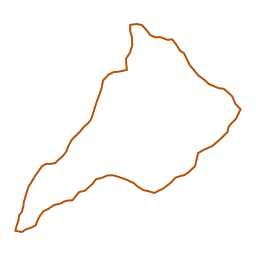 outline of Marapoama, São Paulo, Brazil
{"feature_id": "56859067B26576714107152", "entity_name": "Marapoama", "entity_type": "district", "adm_level": 2, "iso_a3": "BRA", "parent_name": "Brazil", "parent_adm1": "São Paulo", "projection": "robinson", "projection_center": [-49.151, -21.255], "detail": "fine", "context": "isolated", "style": "outline", "palette": "amber", "viewbox_px": 256, "rotation_deg": 0, "n_neighbors": 0, "source": "geoboundaries", "source_scale": "gbopen_adm2", "svg_char_len": 1420}
<svg xmlns="http://www.w3.org/2000/svg" viewBox="0 0 256 256"><path d="M198.5,75.6L194.0,70.2L189.7,65.1L187.0,59.5L183.9,53.1L180.1,50.8L175.4,43.3L172.0,39.3L167.6,39.9L160.3,37.1L155.2,37.3L150.3,35.1L146.2,29.8L142.1,25.2L136.7,24.0L130.2,24.9L130.3,31.7L132.0,37.5L132.2,45.4L130.1,52.6L126.0,58.7L126.3,64.8L126.9,69.8L122.8,70.8L118.4,71.7L113.9,72.0L108.4,74.7L103.1,80.4L101.5,88.4L99.2,95.2L96.9,101.3L94.6,108.3L92.9,114.2L91.1,119.2L88.8,122.5L83.3,127.4L80.1,131.6L75.8,135.8L71.5,140.1L68.3,146.3L66.3,151.6L62.8,156.1L58.9,159.4L55.1,163.1L50.4,163.9L46.1,163.9L41.8,166.4L39.0,170.6L35.3,175.6L32.5,180.4L28.4,187.0L26.6,192.7L23.9,201.9L23.3,206.5L21.7,212.2L19.1,215.4L18.4,220.9L16.4,226.4L15.4,230.8L21.9,232.0L25.6,229.5L31.6,227.4L35.7,225.4L37.7,220.0L40.0,215.8L43.3,211.3L48.3,208.9L53.7,205.2L60.8,203.4L64.4,201.4L68.1,200.5L72.5,200.3L75.2,196.8L79.1,192.1L85.1,190.6L88.1,187.8L92.1,184.3L96.0,179.2L101.5,178.0L107.6,175.4L113.3,175.3L119.5,177.2L126.8,179.9L133.8,183.1L137.3,186.4L143.6,190.2L148.5,191.2L154.4,193.0L158.4,190.9L163.9,188.1L171.2,182.4L175.4,177.7L180.8,175.9L184.3,175.1L188.9,172.0L195.1,166.2L196.9,158.0L198.1,153.1L203.8,149.8L212.0,146.2L219.3,140.1L227.4,132.1L228.7,126.5L231.7,123.0L235.7,119.2L240.6,109.3L235.3,103.7L232.2,96.4L228.2,92.6L223.6,88.8L218.9,88.2L214.6,86.5L208.7,83.9L204.5,79.9L198.5,75.6Z" fill="none" stroke="#b45309" stroke-width="2"/></svg>